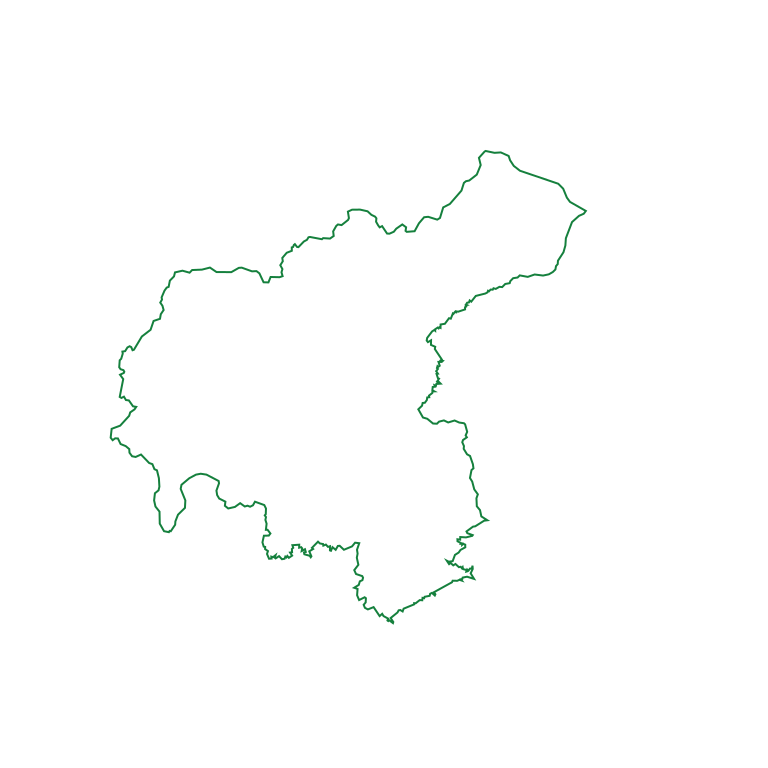 Quininde, Esmeraldas, Ecuador (Mercator projection), rotated 325°
{"feature_id": "8360857B19300187334866", "entity_name": "Quininde", "entity_type": "district", "adm_level": 2, "iso_a3": "ECU", "parent_name": "Ecuador", "parent_adm1": "Esmeraldas", "projection": "mercator", "projection_center": [-79.433, 0.315], "detail": "fine", "context": "isolated", "style": "outline", "palette": "green", "viewbox_px": 768, "rotation_deg": 325, "n_neighbors": 0, "source": "geoboundaries", "source_scale": "gbopen_adm2", "svg_char_len": 6166}
<svg xmlns="http://www.w3.org/2000/svg" viewBox="0 0 768 768"><g transform="rotate(325 384 384)"><path d="M251.2,579.7L251.5,580.6L252.7,580.4L254.2,585.0L255.1,584.3L255.2,579.5L264.0,578.9L266.2,577.8L267.7,578.5L268.8,581.0L271.2,579.3L282.3,581.8L283.0,580.8L284.2,581.8L289.3,581.5L291.3,583.1L292.9,581.3L294.0,582.5L295.2,581.6L299.9,583.7L301.5,582.3L303.4,582.6L304.3,586.4L305.5,585.7L305.5,583.2L326.0,585.4L327.4,584.5L331.1,587.2L333.5,587.7L335.0,589.7L334.9,588.0L336.3,588.6L337.4,587.7L341.5,589.5L346.0,595.3L346.4,588.8L350.6,586.4L352.3,583.6L350.0,585.6L348.6,584.5L346.2,585.3L345.8,583.9L344.7,585.2L343.8,584.9L345.0,583.8L342.6,581.0L343.4,579.1L342.1,579.5L342.0,577.7L340.3,577.0L339.3,572.4L336.7,572.3L335.9,568.8L334.0,568.9L334.1,564.8L335.1,566.7L338.6,568.5L344.1,564.7L348.5,564.9L351.5,563.8L356.9,564.4L358.4,562.2L357.3,560.5L355.8,560.6L356.7,559.6L355.0,558.8L355.7,558.1L354.0,555.0L355.1,553.3L357.1,555.2L358.7,553.1L363.2,556.7L369.2,559.0L370.0,558.7L366.7,554.0L367.0,552.1L375.1,551.9L377.1,552.9L387.6,553.4L390.5,554.9L387.8,548.3L390.3,542.4L389.9,537.4L394.2,530.6L397.6,528.2L397.5,522.1L400.3,514.5L400.5,510.3L406.3,504.7L408.9,504.4L410.8,500.7L413.2,492.3L411.7,489.2L412.1,482.8L413.9,480.7L414.7,476.6L416.6,475.2L421.3,475.2L421.4,472.9L424.7,470.9L427.3,463.6L427.0,462.0L423.5,458.7L420.9,454.4L414.5,452.3L412.2,448.2L407.5,446.4L404.6,446.9L401.5,444.5L399.5,437.3L396.7,433.8L397.6,424.4L402.7,423.6L404.8,421.7L406.7,422.8L409.9,421.7L411.7,419.8L413.5,420.8L414.2,419.3L418.4,419.1L419.4,417.9L421.0,418.9L420.0,416.9L422.2,414.4L424.3,415.5L424.7,414.0L425.5,415.2L426.9,414.0L430.6,416.2L430.0,412.9L428.9,413.4L428.7,412.5L432.1,411.2L431.5,410.2L432.8,405.9L434.1,406.5L434.1,403.4L436.8,402.6L436.5,401.3L438.0,400.1L438.2,401.1L440.1,401.0L441.3,397.2L443.9,399.0L445.5,398.8L444.2,397.1L445.4,397.0L445.7,384.5L447.3,382.9L444.9,378.9L447.6,375.2L444.0,374.9L443.9,372.9L445.8,371.0L453.6,368.5L456.2,368.6L456.5,369.7L457.3,368.5L460.5,368.6L460.7,369.8L462.0,369.4L462.5,370.4L464.5,367.7L468.4,369.6L475.0,367.4L476.2,368.8L480.9,365.7L481.1,366.4L483.2,365.7L484.1,366.6L484.6,365.7L486.2,367.3L493.2,369.4L494.4,367.6L495.8,367.7L496.1,366.4L497.3,366.9L496.8,365.9L498.7,365.1L500.4,365.9L502.1,364.7L502.7,366.6L509.7,364.5L518.9,368.0L521.2,368.3L522.7,367.3L523.1,368.3L525.5,367.8L527.2,369.1L528.6,368.4L530.1,370.2L534.3,370.6L536.4,372.4L540.7,371.6L544.8,373.5L546.4,372.2L550.5,371.4L554.5,373.4L557.5,372.9L563.2,378.7L570.2,380.7L576.5,386.4L581.9,388.7L586.5,389.1L590.1,388.5L592.5,386.1L595.1,385.4L597.2,382.8L606.6,379.0L612.0,374.6L616.6,368.9L630.9,359.2L640.2,358.1L645.3,359.1L648.6,358.0L640.8,341.5L640.7,336.2L642.8,326.8L641.6,319.9L617.7,287.3L615.4,279.8L615.6,273.1L616.9,268.7L612.5,261.3L607.1,258.0L600.9,251.4L599.7,251.3L591.5,253.2L588.8,260.1L580.1,265.7L570.5,266.2L567.5,264.9L564.8,265.1L558.4,270.0L541.2,274.3L533.8,273.3L525.1,280.1L521.9,279.9L516.1,272.4L512.5,270.4L504.8,272.4L496.7,276.4L489.9,272.4L489.5,270.9L492.0,268.3L490.5,263.8L483.1,263.8L479.4,264.9L474.7,264.0L472.8,262.5L473.0,253.6L470.3,253.2L470.2,250.7L470.6,246.5L472.8,243.9L472.7,241.8L470.7,238.2L469.6,233.1L464.4,227.4L457.8,222.9L453.3,222.1L450.4,228.0L448.7,229.0L440.4,229.5L437.8,226.9L435.6,227.1L429.9,229.8L427.7,233.9L423.2,233.9L417.8,229.6L416.2,229.8L407.7,221.1L406.3,220.5L403.6,221.7L400.1,221.3L392.4,222.8L391.4,221.9L391.2,218.3L389.9,218.4L388.2,219.6L386.8,219.2L384.9,222.0L379.6,220.7L373.0,222.4L371.5,225.4L367.2,227.2L366.7,231.6L364.1,233.7L362.8,237.5L359.7,236.6L352.5,231.3L347.6,234.5L343.7,231.6L345.4,221.9L344.3,218.4L340.5,216.0L334.2,207.1L331.7,205.6L323.1,204.8L311.0,196.2L308.2,188.8L300.5,185.9L292.2,180.6L288.6,181.3L283.9,175.6L276.8,172.7L273.7,175.4L267.9,176.5L263.3,180.9L261.3,180.4L257.8,181.6L251.5,185.5L250.6,187.5L247.4,189.0L247.4,192.8L245.9,197.0L241.2,198.8L237.9,202.1L231.4,200.2L223.9,205.7L212.9,206.2L198.8,212.5L197.4,212.1L198.1,208.8L197.3,207.2L194.8,206.9L190.8,208.6L188.3,207.4L187.4,209.3L183.2,212.6L181.1,213.0L176.7,218.4L176.7,220.8L178.5,223.2L178.3,225.0L177.2,225.7L173.1,225.0L173.2,230.4L160.1,243.0L160.9,244.8L163.7,245.2L163.4,249.1L165.6,251.1L165.6,258.3L167.9,260.6L165.1,261.7L159.8,261.7L157.0,263.9L144.0,266.8L135.2,264.5L129.3,271.2L129.5,274.4L132.6,274.3L134.8,276.0L133.8,282.1L136.8,286.7L138.0,291.2L136.1,294.3L136.2,298.7L138.7,301.3L144.5,302.4L146.3,314.0L148.3,316.8L147.1,322.1L148.5,324.5L145.6,332.0L141.1,339.3L138.3,341.8L133.7,342.1L128.9,347.5L126.5,353.3L126.9,359.8L120.2,369.8L119.4,378.4L122.8,382.0L124.1,381.4L124.9,382.3L132.2,379.5L134.3,376.9L140.3,372.9L149.9,371.3L154.5,365.4L157.3,353.3L160.3,350.4L170.5,349.5L178.0,350.4L182.4,352.4L186.6,356.4L192.9,368.6L191.9,370.7L185.6,375.2L183.6,379.3L183.3,383.3L186.6,389.4L183.8,392.5L185.0,396.6L191.4,399.2L197.8,399.1L199.7,404.5L202.4,405.4L203.9,407.7L207.1,408.2L210.8,406.4L216.5,414.5L215.9,418.3L212.5,422.8L211.0,423.2L211.0,425.3L208.9,427.3L207.7,431.1L203.6,435.7L205.0,436.6L205.2,441.3L202.7,442.1L198.6,439.4L193.6,444.0L192.2,448.2L193.2,449.3L191.9,451.0L193.1,454.3L190.7,456.1L189.6,461.2L191.8,462.5L192.7,460.8L193.9,462.2L197.0,462.0L194.9,463.6L195.2,464.7L199.3,464.8L199.9,469.0L202.3,470.1L204.2,468.8L204.6,470.1L206.2,469.4L206.4,471.8L210.3,471.9L210.4,468.2L212.2,469.1L213.9,466.3L215.7,466.1L216.5,463.5L222.4,467.0L220.6,469.4L222.6,470.2L222.7,471.7L220.8,473.6L224.5,474.0L223.6,476.7L221.8,476.1L221.1,477.8L224.6,482.1L224.6,483.9L225.7,483.5L226.8,478.2L231.3,478.5L231.0,476.9L239.5,475.3L240.0,477.8L242.3,480.2L241.6,481.6L244.3,482.2L244.7,485.3L246.7,485.9L244.3,489.3L244.9,490.2L248.2,488.1L249.3,492.1L253.3,490.2L254.9,491.1L256.1,496.8L264.7,498.7L269.3,497.4L272.4,500.2L266.8,504.3L265.1,507.8L262.1,510.7L259.3,517.4L252.9,519.4L252.1,523.6L256.0,528.9L255.7,530.7L253.8,532.3L251.0,531.8L248.1,534.1L242.7,533.8L244.8,536.7L240.8,541.6L239.7,546.7L245.8,547.6L246.3,549.1L243.7,552.4L240.7,553.2L240.0,556.4L241.5,559.4L247.5,560.8L247.3,571.6L250.7,571.2L250.5,573.8L252.8,578.5L251.2,579.7Z" fill="none" stroke="#15803d" stroke-width="2"/></g></svg>